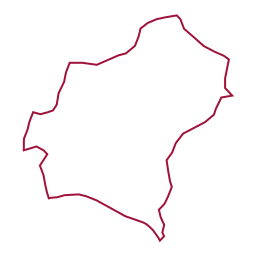 Phyongsan, Hwanghae-bukto, North Korea
{"feature_id": "82179303B46729479227191", "entity_name": "Phyongsan", "entity_type": "district", "adm_level": 2, "iso_a3": "PRK", "parent_name": "North Korea", "parent_adm1": "Hwanghae-bukto", "projection": "mercator", "projection_center": [126.356, 38.335], "detail": "fine", "context": "isolated", "style": "outline", "palette": "rose", "viewbox_px": 256, "rotation_deg": 0, "n_neighbors": 0, "source": "geoboundaries", "source_scale": "gbopen_adm2", "svg_char_len": 1015}
<svg xmlns="http://www.w3.org/2000/svg" viewBox="0 0 256 256"><path d="M232.2,95.6L225.1,88.0L225.1,78.4L228.9,59.4L223.5,55.6L214.5,51.7L203.7,46.0L192.9,36.4L184.0,28.7L180.4,19.2L176.8,15.4L166.0,17.2L156.9,19.1L147.8,22.9L140.5,28.6L140.1,30.5L138.7,36.3L135.0,45.8L125.9,53.4L118.6,55.3L96.8,64.8L82.4,62.8L69.7,62.8L66.0,72.3L64.1,81.8L58.6,93.3L56.7,104.7L53.0,110.4L47.6,112.3L40.4,114.2L33.1,112.2L32.6,113.6L29.4,121.8L27.6,129.4L23.9,138.9L23.8,150.3L36.5,146.5L43.7,150.4L47.3,154.2L43.6,159.9L39.9,165.6L43.5,175.1L45.2,184.6L46.9,192.2L48.2,196.3L48.8,198.3L50.2,197.9L57.4,197.2L64.5,195.2L78.7,194.4L86.1,196.2L96.4,200.3L125.3,216.2L143.3,222.5L146.4,224.2L150.0,227.2L153.2,230.5L158.3,237.6L159.9,240.6L164.1,236.3L162.3,232.5L164.2,224.9L160.7,217.3L158.9,209.7L164.4,204.0L168.1,196.4L171.8,186.9L170.0,181.2L168.3,171.6L166.6,160.2L172.1,152.6L175.8,143.1L183.1,133.6L194.0,127.9L204.9,122.2L214.0,114.6L215.8,108.9L221.4,97.5L232.2,95.6Z" fill="none" stroke="#9f1239" stroke-width="2"/></svg>